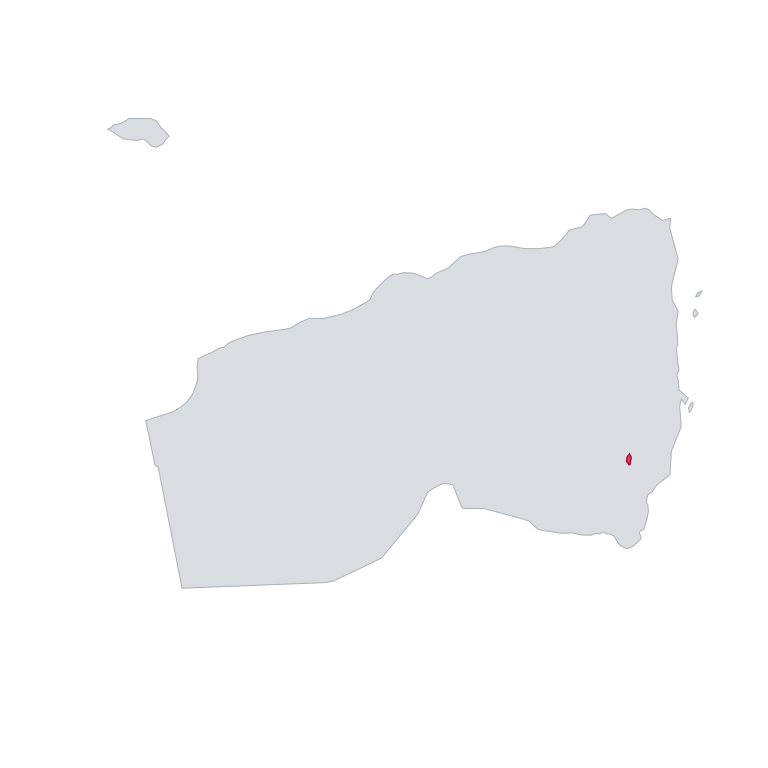 Al Madan, Amran, Yemen shown in context, rotated 188°
{"feature_id": "15242507B28898961635251", "entity_name": "Al Madan", "entity_type": "district", "adm_level": 2, "iso_a3": "YEM", "parent_name": "Yemen", "parent_adm1": "Amran", "projection": "equal_earth", "projection_center": [43.615, 16.232], "detail": "fine", "context": "in_parent", "style": "filled", "palette": "rose", "viewbox_px": 768, "rotation_deg": 188, "n_neighbors": 0, "source": "geoboundaries", "source_scale": "gbopen_adm2", "svg_char_len": 3952}
<svg xmlns="http://www.w3.org/2000/svg" viewBox="0 0 768 768"><g transform="rotate(188 384 384)"><path d="M614.9,314.7L589.3,327.0L582.6,332.4L576.5,339.1L572.0,347.6L569.0,362.4L571.6,375.9L571.5,383.1L564.9,387.9L558.7,391.4L551.8,396.7L547.6,398.0L544.3,402.2L540.3,405.2L526.0,412.8L510.2,418.7L485.2,425.8L475.6,433.5L466.9,438.7L453.5,440.3L435.1,447.6L425.0,453.5L412.3,463.0L409.5,466.0L407.4,473.1L403.5,479.1L395.9,489.1L390.2,494.2L386.4,494.5L379.0,497.2L370.1,497.8L355.3,494.3L351.5,496.8L348.4,500.6L337.0,507.5L325.4,521.1L316.9,524.7L303.2,529.0L293.6,534.7L287.1,537.0L278.8,538.2L263.4,537.6L248.8,539.7L235.3,543.5L228.9,550.8L221.7,562.4L209.9,567.2L207.1,571.3L203.4,579.8L195.7,582.0L188.8,583.5L181.7,579.7L168.3,590.0L163.2,591.7L155.5,592.1L150.1,594.3L146.2,593.7L141.3,589.7L130.9,584.8L123.3,588.0L122.7,578.2L110.1,548.5L112.8,522.6L112.8,519.0L110.3,507.4L102.8,496.9L103.0,483.5L100.5,474.0L98.6,464.2L99.2,461.6L99.3,459.2L95.5,444.1L94.3,441.1L93.8,437.9L95.1,435.5L95.0,432.7L93.0,428.0L90.9,419.2L80.7,412.3L82.8,405.9L84.8,408.1L87.4,410.1L88.0,405.9L88.0,402.7L83.8,383.2L90.1,357.2L88.1,333.8L97.7,324.3L100.1,321.4L101.5,319.0L103.8,313.6L106.9,311.9L108.0,306.3L107.9,303.5L105.9,301.0L104.4,294.5L104.9,286.2L105.4,282.7L106.4,276.4L109.8,274.1L110.6,272.2L108.0,268.2L108.2,265.8L113.9,259.1L116.2,257.1L119.8,255.0L122.7,255.1L126.0,256.2L129.0,258.1L131.9,261.5L134.9,265.4L139.6,266.9L142.8,266.5L145.3,268.2L147.5,267.2L150.0,265.2L154.0,265.4L157.6,263.1L167.7,262.0L177.5,262.7L187.7,260.8L198.0,261.0L208.3,261.1L210.5,261.4L212.8,262.6L221.5,268.5L228.1,269.7L241.3,271.4L255.5,273.1L267.7,274.6L278.1,273.2L286.7,272.0L289.1,272.2L291.7,275.9L296.9,285.1L301.9,293.7L310.5,294.2L316.0,290.9L322.0,286.4L325.7,282.8L329.8,268.8L332.5,259.7L338.8,249.5L344.0,241.0L351.0,229.7L354.8,223.4L362.4,211.1L369.7,206.3L383.7,197.0L397.5,187.9L406.4,182.0L414.1,179.3L426.9,176.9L442.0,174.2L457.1,171.5L473.2,168.6L491.1,165.3L503.4,163.1L519.0,160.2L532.1,157.9L543.6,155.8L555.6,153.6L557.9,160.5L560.3,167.3L562.7,174.1L565.0,181.0L567.4,187.8L569.8,194.6L572.2,201.5L574.5,208.3L576.9,215.2L579.3,222.0L581.7,228.9L584.1,235.7L586.4,242.6L588.8,249.4L591.2,256.3L593.6,263.2L595.9,269.9L599.6,272.1L601.9,278.4L605.1,287.5L608.4,296.6L611.7,305.6L614.9,314.7ZM654.1,592.3L657.3,593.1L662.1,590.7L676.0,590.4L692.9,598.1L689.7,600.2L687.9,602.9L680.6,605.5L673.3,611.5L652.2,614.4L645.9,612.8L640.7,607.0L631.1,599.5L634.8,594.7L635.6,592.5L637.0,590.4L642.3,586.8L647.6,587.4L654.1,592.3ZM87.3,499.6L86.6,501.1L85.6,500.8L82.5,497.1L86.0,493.0L87.8,496.8L87.3,499.6ZM77.3,407.5L75.6,409.0L75.1,406.3L76.2,400.3L77.9,398.5L79.0,403.0L78.3,405.5L77.3,407.5ZM85.6,518.2L82.2,520.3L84.5,514.8L86.9,513.6L87.6,513.9L85.6,518.2Z" fill="#d9dde1" stroke="#a8b0b8" stroke-width="1"/><path d="M129.4,346.6L129.5,346.6L129.8,346.8L130.0,347.1L130.2,347.3L130.3,347.5L130.4,347.8L130.5,348.0L130.9,348.3L131.1,348.6L131.3,348.0L131.6,347.9L131.8,347.8L131.9,347.6L132.1,347.4L132.3,347.1L132.3,346.9L132.4,346.5L132.5,346.3L132.6,345.9L132.6,345.6L132.7,345.4L132.8,345.3L133.0,345.3L133.0,345.2L133.2,344.9L133.1,344.7L133.0,344.2L133.0,343.8L132.9,343.4L133.0,343.0L133.1,342.8L133.1,342.4L133.1,342.0L133.1,341.6L133.1,341.2L132.9,340.9L132.8,340.7L132.5,340.8L132.4,340.6L132.0,340.5L131.8,340.3L131.6,340.0L131.5,339.8L131.2,339.4L131.1,339.1L130.7,338.7L130.4,338.5L130.3,338.3L130.1,338.1L129.8,338.2L129.5,338.3L129.2,338.6L129.1,339.0L129.1,339.3L129.1,339.5L129.0,339.8L129.0,340.0L129.0,340.3L129.1,340.5L129.1,340.8L129.2,341.0L129.3,341.2L129.3,341.3L129.3,341.5L129.3,341.8L129.4,342.0L129.4,342.3L129.3,342.5L129.2,342.7L129.2,342.8L129.2,343.0L129.1,343.3L129.1,343.5L129.0,343.8L129.0,344.0L128.9,344.0L128.9,344.3L128.9,344.5L129.0,344.5L129.0,344.8L129.0,345.0L129.1,345.6L129.3,345.8L129.3,346.0L129.4,346.3L129.4,346.5L129.4,346.6Z" fill="#f43f5e" stroke="#9f1239" stroke-width="1.5"/></g></svg>